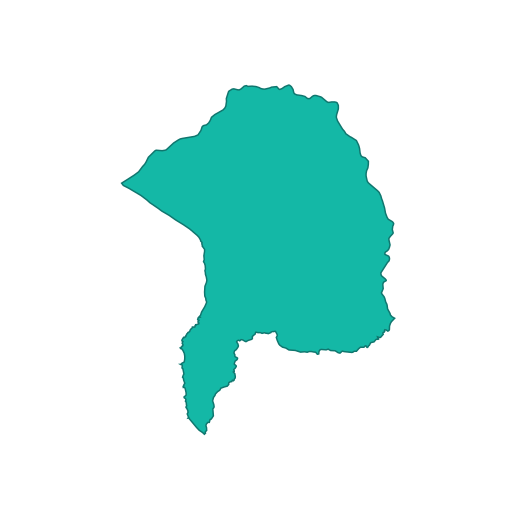 outline of Atabae, Bobonaro, East Timor, rotated 311°
{"feature_id": "22284137B39370724774054", "entity_name": "Atabae", "entity_type": "district", "adm_level": 2, "iso_a3": "TLS", "parent_name": "East Timor", "parent_adm1": "Bobonaro", "projection": "orthographic", "projection_center": [125.062, -8.829], "detail": "fine", "context": "isolated", "style": "filled", "palette": "teal", "viewbox_px": 512, "rotation_deg": 311, "n_neighbors": 0, "source": "geoboundaries", "source_scale": "gbopen_adm2", "svg_char_len": 6137}
<svg xmlns="http://www.w3.org/2000/svg" viewBox="0 0 512 512"><g transform="rotate(311 256 256)"><path d="M378.3,137.0L376.5,135.7L372.2,135.1L370.4,134.4L369.5,133.3L367.6,129.6L366.3,128.5L362.6,127.4L361.9,127.5L355.4,130.3L353.2,132.4L349.3,134.9L347.2,135.4L344.6,135.3L335.9,132.2L331.5,131.4L328.4,132.5L325.4,133.0L322.5,132.6L320.1,130.9L319.1,130.6L318.1,130.6L314.6,132.1L309.4,132.8L306.0,131.2L296.3,123.2L294.6,122.0L292.5,121.2L287.3,119.7L277.3,118.6L276.3,118.1L273.9,116.1L270.3,111.2L268.9,110.7L259.9,110.0L254.7,111.4L252.2,111.8L249.1,111.7L242.5,112.2L237.0,111.0L222.8,106.8L222.2,109.6L223.6,115.2L226.2,129.4L226.7,137.0L226.6,140.9L227.8,150.9L228.1,155.4L229.7,163.8L230.5,171.7L232.0,180.6L232.9,188.1L233.0,198.0L232.7,200.7L231.6,203.8L231.0,204.4L230.8,206.3L229.6,207.2L228.7,208.7L228.2,208.9L227.3,212.8L225.7,214.2L222.0,216.5L219.3,219.3L217.3,220.1L216.8,221.8L215.4,224.0L213.0,226.4L211.4,227.1L210.3,228.6L209.0,229.9L207.6,232.2L205.5,234.8L203.4,236.0L199.7,237.3L195.1,240.8L192.2,243.6L191.0,246.0L189.9,247.1L189.2,248.5L188.3,249.3L184.1,250.6L178.0,251.7L174.9,253.0L173.2,253.0L173.1,253.6L172.8,253.1L172.5,253.5L171.4,252.9L169.7,253.7L169.6,254.4L170.0,255.1L168.2,255.4L167.9,256.0L168.0,256.9L167.2,257.3L166.9,257.2L166.5,256.8L164.9,256.0L164.6,255.6L164.3,256.0L163.5,255.7L163.1,256.1L162.2,256.4L160.8,254.7L160.6,255.0L157.4,254.8L155.3,255.5L153.5,254.8L152.9,255.1L151.7,254.9L150.6,255.3L149.5,255.4L149.1,255.9L148.0,255.5L147.4,254.8L147.1,254.8L147.0,255.2L146.2,254.8L144.1,255.2L143.5,255.6L143.3,256.1L143.5,256.9L141.8,257.5L141.5,257.8L141.4,258.8L140.9,259.3L140.1,259.3L140.1,259.6L139.7,259.7L138.2,259.3L137.3,259.5L136.9,259.2L136.8,259.8L137.1,259.8L137.4,260.4L137.0,261.4L136.9,262.5L135.5,265.7L133.7,267.9L131.5,269.8L129.0,271.3L127.5,270.9L126.9,270.5L125.0,270.4L124.7,270.1L124.8,270.6L125.4,271.2L124.9,272.3L123.1,273.5L122.8,274.1L123.0,274.5L122.6,275.2L120.0,278.6L119.4,279.1L118.6,279.2L116.3,280.1L116.1,281.4L114.9,282.8L113.3,285.7L111.4,286.1L111.0,286.5L109.9,286.5L109.6,287.1L109.3,287.1L109.1,287.4L109.7,287.8L109.9,288.3L109.5,289.5L107.0,292.9L105.7,294.1L105.0,294.5L103.5,294.4L102.8,294.1L102.3,294.3L101.9,294.8L102.1,296.4L101.6,297.4L100.1,298.0L99.9,299.3L99.4,299.6L98.7,300.6L98.2,300.9L97.5,302.0L96.5,302.1L95.9,302.4L95.7,302.7L95.9,303.0L94.4,306.4L93.7,306.8L93.4,307.4L91.9,307.6L91.8,307.8L92.1,307.8L91.5,308.0L90.8,309.6L90.0,310.6L90.1,311.0L89.2,311.1L89.6,311.4L87.6,323.6L87.2,327.4L87.7,331.5L87.6,334.0L89.2,334.1L89.5,333.4L90.0,333.1L92.0,333.2L94.0,331.3L95.0,329.6L96.5,328.8L98.8,328.8L99.8,329.9L102.5,328.6L102.9,328.7L103.2,329.1L103.9,329.2L107.4,328.7L112.2,323.8L114.1,323.6L114.8,323.2L116.2,321.6L118.2,318.3L121.4,316.7L123.8,316.5L125.3,315.9L128.4,316.0L130.9,316.7L133.2,316.2L136.6,318.1L138.9,319.7L141.2,319.7L142.1,318.8L142.7,318.6L144.1,319.1L145.3,320.1L146.7,319.7L147.0,320.8L148.0,320.9L148.7,320.4L150.3,320.3L151.4,319.5L153.3,317.2L153.6,315.0L154.6,315.3L155.0,315.0L155.7,313.7L157.6,313.9L159.6,313.6L160.2,312.9L160.1,310.7L160.6,310.2L162.9,309.2L165.2,309.7L166.2,309.5L166.8,309.1L166.8,308.0L166.3,306.8L166.4,305.9L167.7,304.7L168.2,303.2L168.6,302.8L170.6,302.0L172.2,302.5L173.6,302.4L175.7,302.1L176.6,301.7L177.8,300.0L178.3,298.1L178.7,297.5L180.0,297.6L180.8,297.9L181.1,298.3L181.3,299.4L183.1,299.6L183.9,300.9L184.5,304.1L184.9,304.7L187.0,305.4L190.3,307.4L191.2,307.5L192.8,306.1L194.7,306.2L196.3,306.6L198.2,305.8L198.7,306.3L199.4,307.7L201.0,309.5L201.6,311.3L203.7,312.8L204.3,314.4L205.0,315.0L205.3,316.1L208.0,317.5L208.7,317.3L209.9,318.1L210.6,319.0L211.8,319.8L211.7,320.8L210.4,323.9L209.3,324.5L207.9,324.7L206.2,327.5L204.6,330.9L204.3,332.5L204.6,335.8L206.1,338.9L206.7,342.5L210.5,347.6L212.7,352.7L215.5,355.4L217.0,357.8L218.8,358.8L220.3,360.6L221.6,362.9L222.3,363.7L222.5,364.4L222.1,366.6L222.4,367.1L223.3,367.6L225.0,366.3L226.0,366.0L227.1,365.9L228.2,366.4L231.2,370.5L233.1,371.6L233.6,374.3L236.4,377.9L236.9,381.4L237.8,383.1L240.7,383.5L241.1,383.9L241.5,385.0L246.1,391.6L246.9,392.2L248.5,392.6L250.0,394.3L253.5,394.3L255.7,394.7L257.9,397.3L259.8,397.4L260.3,398.0L259.9,399.2L259.9,399.9L260.8,400.2L262.1,399.9L263.1,400.1L265.5,399.5L266.1,399.6L268.6,401.4L271.5,401.3L272.5,401.8L273.1,402.7L273.7,403.0L274.1,402.4L274.1,401.7L274.7,400.7L275.5,402.7L276.3,403.4L280.4,403.4L280.7,402.7L281.4,402.2L282.0,402.2L282.7,402.7L283.7,402.5L284.2,401.7L284.9,401.6L285.6,402.9L285.8,404.8L287.0,405.2L287.9,405.0L290.8,402.7L293.2,401.7L295.2,401.3L300.0,401.5L299.4,398.6L299.7,396.1L300.6,394.8L302.4,390.0L304.8,387.3L305.5,386.3L306.3,384.2L308.5,381.0L309.3,379.3L309.9,376.2L310.4,374.9L314.8,373.4L317.3,370.8L318.1,370.1L319.1,369.7L320.1,369.5L322.8,370.4L323.2,370.1L323.5,368.5L323.4,363.9L323.7,363.0L325.1,361.3L337.3,359.5L339.6,359.6L341.4,358.7L342.5,357.4L342.9,356.2L341.8,352.3L342.7,351.4L343.5,351.1L344.4,351.2L345.4,351.6L347.8,351.8L349.9,351.1L352.3,349.9L355.4,345.7L356.3,344.8L358.7,344.5L362.4,344.6L363.4,344.4L365.4,341.5L368.3,339.6L369.8,339.2L370.9,338.5L371.3,337.1L371.3,336.0L370.5,331.7L371.2,329.5L373.3,325.6L376.6,321.5L380.8,314.9L381.4,313.6L383.3,310.7L384.8,307.2L385.0,305.0L384.9,293.6L385.0,292.2L385.6,290.6L388.6,286.6L390.3,285.1L392.9,283.5L395.9,282.6L398.8,280.7L401.2,278.7L401.8,274.0L400.5,271.1L400.6,269.3L402.1,266.9L405.0,263.7L406.1,262.1L407.1,260.5L409.0,256.0L408.1,250.0L407.7,248.7L407.2,243.6L408.1,241.0L408.5,238.2L409.1,236.2L411.4,229.0L413.1,226.0L414.0,225.1L415.6,224.1L420.7,221.8L421.6,221.2L423.7,219.3L424.8,216.8L424.7,215.9L424.0,214.5L422.0,212.1L419.8,210.3L419.1,209.3L418.9,207.9L418.8,201.3L418.4,200.1L416.5,196.0L415.6,194.9L414.6,194.2L413.3,193.8L410.3,193.4L408.9,192.1L408.6,191.1L408.5,188.3L407.1,185.3L404.3,181.0L403.7,178.8L404.0,177.4L406.0,174.7L407.0,171.6L406.9,169.3L406.4,168.5L402.7,166.6L399.5,165.8L397.3,164.7L397.0,163.9L397.4,160.5L393.7,157.0L391.8,156.1L387.6,153.1L386.4,151.4L385.5,149.6L385.2,148.0L383.9,144.9L381.6,141.6L378.6,138.5L378.3,137.0Z" fill="#14b8a6" stroke="#0f766e" stroke-width="1.5"/></g></svg>